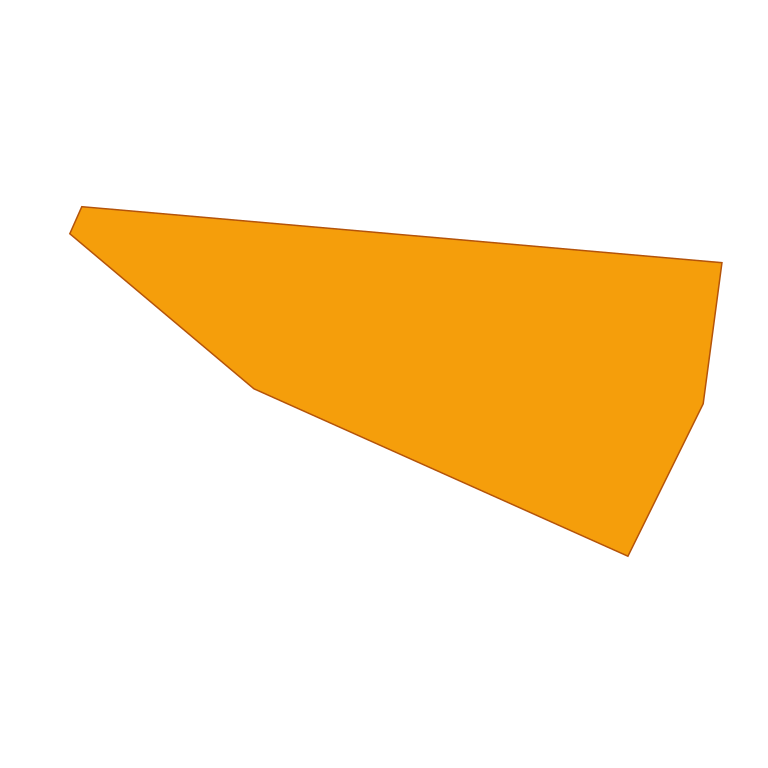 SVG path tracing the border of Sint Maarten, rotated 5°
{"feature_id": "SXM", "entity_name": "Sint Maarten", "entity_type": "country or territory", "adm_level": 0, "iso_a3": "SXM", "parent_name": "North America", "parent_adm1": "", "projection": "orthographic", "projection_center": [-63.073, 18.044], "detail": "fine", "context": "isolated", "style": "filled", "palette": "amber", "viewbox_px": 768, "rotation_deg": 5, "n_neighbors": 0, "source": "natural_earth", "source_scale": "50m", "svg_char_len": 250}
<svg xmlns="http://www.w3.org/2000/svg" viewBox="0 0 768 768"><g transform="rotate(5 384 384)"><path d="M67.5,233.7L710.1,233.7L703.7,375.9L642.0,534.3L254.8,400.1L57.9,261.7L67.5,233.7Z" fill="#f59e0b" stroke="#b45309" stroke-width="1.5"/></g></svg>